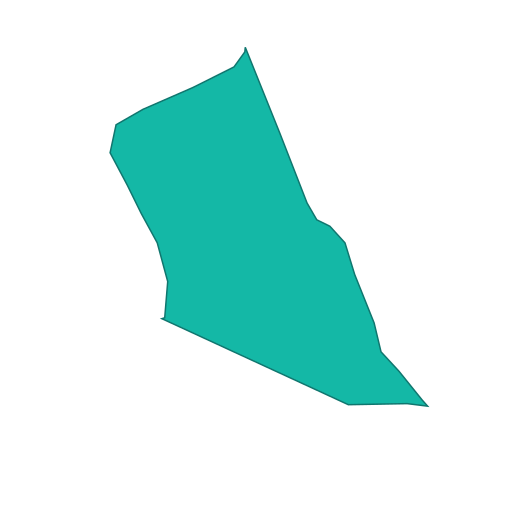 the district of Jung-gu [Central District], Ulsan, South Korea, rotated 250°
{"feature_id": "91817680B57927404517776", "entity_name": "Jung-gu [Central District]", "entity_type": "district", "adm_level": 2, "iso_a3": "KOR", "parent_name": "South Korea", "parent_adm1": "Ulsan", "projection": "robinson", "projection_center": [129.305, 35.564], "detail": "fine", "context": "isolated", "style": "filled", "palette": "teal", "viewbox_px": 512, "rotation_deg": 250, "n_neighbors": 0, "source": "geoboundaries", "source_scale": "gbopen_adm2", "svg_char_len": 490}
<svg xmlns="http://www.w3.org/2000/svg" viewBox="0 0 512 512"><g transform="rotate(250 256 256)"><path d="M229.3,146.1L84.7,291.9L65.6,347.5L56.2,365.9L64.1,362.8L98.9,350.9L123.2,340.7L152.7,344.1L204.9,342.4L237.9,344.1L258.7,335.6L269.2,325.5L288.3,322.1L363.0,320.4L455.8,317.3L451.6,315.3L441.2,300.0L435.9,254.2L432.5,200.0L427.2,169.4L402.9,154.2L366.4,159.3L335.2,162.7L302.2,167.7L262.2,164.3L229.2,149.1L229.3,146.1Z" fill="#14b8a6" stroke="#0f766e" stroke-width="1.5"/></g></svg>